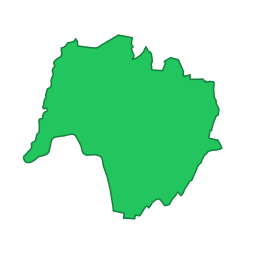 Hoa Thanh, Tây Ninh, Vietnam, rotated 12°
{"feature_id": "81297802B16996300923424", "entity_name": "Hoa Thanh", "entity_type": "district", "adm_level": 2, "iso_a3": "VNM", "parent_name": "Vietnam", "parent_adm1": "Tây Ninh", "projection": "natural_earth1", "projection_center": [106.139, 11.258], "detail": "fine", "context": "isolated", "style": "filled", "palette": "green", "viewbox_px": 256, "rotation_deg": 12, "n_neighbors": 0, "source": "geoboundaries", "source_scale": "gbopen_adm2", "svg_char_len": 5669}
<svg xmlns="http://www.w3.org/2000/svg" viewBox="0 0 256 256"><g transform="rotate(12 128 128)"><path d="M130.7,212.1L141.9,212.1L142.5,217.1L147.4,216.3L152.8,215.5L153.4,215.4L153.3,211.7L154.7,211.6L156.1,211.6L157.3,211.5L157.6,211.4L157.9,211.0L158.3,210.3L160.5,204.1L161.7,201.3L162.2,200.7L162.7,200.5L163.3,200.6L163.8,200.9L164.5,201.6L164.8,201.8L165.2,201.4L165.7,200.3L166.5,198.4L166.8,197.8L166.9,197.0L167.5,195.6L169.1,193.5L171.1,191.6L172.0,191.2L172.5,191.1L173.6,191.2L175.0,191.9L177.6,194.0L179.0,195.5L179.7,196.3L179.8,196.3L180.4,196.0L181.7,195.6L182.6,195.5L183.1,195.1L184.6,193.8L184.7,192.6L185.2,191.4L185.6,190.2L186.0,188.7L186.1,188.2L187.4,186.2L188.1,185.0L188.6,183.9L189.6,181.5L190.4,180.4L194.0,183.2L194.7,181.8L195.2,180.8L195.6,179.8L195.8,178.8L196.0,176.5L196.1,175.9L196.6,175.1L196.8,174.2L197.1,173.5L197.6,172.3L198.7,169.4L199.0,168.6L199.2,167.5L199.4,167.2L199.6,167.0L200.2,166.7L200.9,166.1L201.1,165.9L201.3,165.6L201.6,164.2L201.7,163.8L202.1,161.4L202.7,158.9L203.0,157.4L203.2,156.5L203.6,154.3L203.8,153.1L204.3,150.6L204.5,150.0L204.8,149.4L205.4,148.4L206.3,147.2L206.5,146.9L206.8,146.3L206.9,145.8L206.8,144.6L207.0,143.7L207.1,143.4L207.3,142.6L208.2,139.6L208.6,138.7L209.7,137.2L211.2,134.6L211.6,134.1L212.3,133.6L213.9,132.9L215.0,132.3L215.6,132.0L217.5,131.6L219.0,131.1L220.6,130.4L221.6,129.9L222.4,129.4L223.4,128.7L224.0,128.2L221.9,125.1L219.6,122.6L218.4,121.1L215.7,121.2L209.9,121.2L209.1,120.7L208.9,114.4L209.0,113.2L210.2,113.1L210.2,111.2L210.4,106.0L210.5,105.5L210.7,104.1L211.8,97.8L212.9,97.2L213.2,96.9L213.3,96.6L213.4,96.1L213.2,91.3L212.2,89.4L209.6,86.3L209.0,85.5L208.9,84.6L208.6,83.1L207.7,82.0L206.6,80.9L205.9,79.8L205.8,79.2L205.4,78.3L204.9,76.1L204.3,74.6L203.7,72.3L203.3,69.3L203.1,68.0L202.9,66.2L202.8,65.7L202.5,65.4L201.5,65.1L200.1,65.3L198.2,65.4L197.8,65.5L197.0,66.4L196.5,67.0L194.5,66.0L193.8,67.0L191.7,65.0L191.3,64.7L190.7,64.5L188.4,65.3L184.2,66.2L180.1,67.2L178.5,67.3L178.0,64.4L177.8,63.4L177.6,63.1L177.2,63.2L175.8,64.0L174.9,64.6L174.4,64.8L173.5,65.1L173.4,65.2L173.1,65.6L173.0,65.8L172.8,65.9L172.7,65.9L172.5,65.5L172.4,65.3L172.2,65.3L171.1,65.5L170.5,61.2L166.1,55.0L163.0,50.8L155.1,50.3L154.1,51.2L150.5,54.5L149.7,55.4L150.4,56.1L151.2,57.2L151.1,57.8L150.4,61.2L149.8,64.6L149.2,64.8L145.5,65.4L139.6,66.2L139.1,65.9L138.3,63.0L137.3,60.6L137.3,60.1L137.4,59.6L137.9,58.8L138.0,58.3L137.2,55.3L136.0,52.1L134.9,50.0L133.9,49.0L133.1,48.9L132.4,48.8L131.7,48.5L129.9,46.2L128.7,45.0L128.1,46.7L127.3,50.3L125.6,53.4L124.0,55.4L122.2,57.3L120.4,58.6L119.2,59.4L118.7,59.6L118.1,59.7L117.8,59.6L117.8,59.3L118.2,58.9L118.3,58.7L118.5,58.4L118.7,57.2L118.8,55.9L116.4,52.3L115.4,50.9L114.8,49.7L115.0,49.2L115.9,48.2L115.9,47.3L115.6,46.8L114.2,45.9L113.9,45.1L113.6,43.6L113.5,39.3L113.5,38.9L107.3,38.9L105.1,38.9L101.9,39.1L100.1,39.2L99.1,39.1L97.9,40.4L93.9,44.1L90.4,47.2L84.1,53.1L82.1,55.3L81.4,55.7L80.4,56.2L79.4,56.5L75.6,57.1L69.8,57.6L67.9,57.8L62.2,58.1L61.4,58.1L61.2,56.2L60.8,54.8L60.3,53.6L58.3,51.7L57.5,53.7L56.9,54.6L54.6,55.9L52.5,56.7L52.0,56.9L51.6,57.2L51.1,57.7L50.8,58.4L50.1,60.0L49.5,61.2L48.8,62.1L47.8,62.8L46.2,63.5L46.4,64.8L46.6,66.0L46.7,66.5L47.7,68.3L48.0,69.3L47.9,69.9L47.5,71.4L47.5,71.7L47.3,72.3L47.1,72.7L45.3,74.0L44.4,74.9L43.4,76.2L42.8,77.1L42.1,78.4L41.9,79.1L41.8,79.7L41.8,79.9L42.0,80.3L42.2,80.7L42.6,81.3L43.2,81.8L43.4,82.2L43.4,82.5L43.3,83.3L42.9,84.3L42.4,85.2L42.2,86.3L42.1,86.9L42.1,87.9L42.3,88.2L42.7,88.8L43.4,90.2L43.6,90.8L43.7,91.4L43.7,92.0L43.7,92.5L43.6,92.9L43.4,93.6L43.1,94.8L42.9,96.4L42.9,97.1L42.9,97.5L43.0,98.1L43.8,100.4L43.9,100.9L44.0,102.2L43.8,103.3L43.7,103.8L43.4,104.3L43.1,104.7L42.9,105.0L42.6,105.3L41.8,105.8L41.3,106.4L40.8,107.4L40.8,107.7L40.8,108.2L40.8,109.1L40.9,109.7L40.8,110.3L40.7,111.0L40.6,112.5L40.8,113.4L41.3,114.3L41.4,114.7L41.3,115.4L41.1,115.8L40.9,116.3L40.5,117.6L40.4,118.2L40.4,118.8L40.4,119.3L40.4,119.9L40.5,120.6L40.5,121.3L40.7,121.9L40.7,122.5L40.6,123.2L40.3,124.2L40.3,124.6L40.5,125.6L40.8,126.3L41.2,126.5L41.5,126.6L41.8,126.6L42.6,126.3L43.7,125.5L43.9,125.4L44.1,125.4L44.3,125.6L44.6,125.9L44.8,126.3L45.1,127.1L45.2,127.7L45.2,128.0L45.0,128.3L44.8,128.6L44.0,129.1L43.3,129.8L42.8,130.5L42.5,131.2L42.3,132.1L42.1,132.8L42.1,133.4L42.1,134.1L42.2,134.7L42.3,135.2L42.4,135.9L42.4,136.3L42.3,136.5L42.1,136.6L40.7,137.2L40.0,137.4L39.6,137.7L39.5,138.0L39.4,138.3L39.4,138.9L39.5,139.7L39.6,140.4L39.8,141.0L40.2,142.0L40.5,142.7L40.8,144.1L41.5,147.7L41.7,149.1L41.7,150.0L41.6,151.0L41.4,151.5L40.7,152.4L40.5,152.7L40.3,153.4L40.2,154.2L40.1,156.1L40.1,156.8L40.1,158.9L40.0,159.5L39.9,159.7L39.6,160.2L39.1,160.8L37.2,162.5L36.9,162.9L36.8,163.1L36.8,163.4L36.8,163.8L37.6,166.3L37.7,166.7L37.7,167.4L37.5,168.1L37.2,168.8L36.2,170.7L35.1,172.0L34.9,172.5L34.7,173.0L33.6,175.0L32.4,176.7L31.8,177.7L32.0,178.4L32.5,179.8L33.6,181.6L34.8,182.4L35.9,182.7L37.0,182.7L38.2,182.4L39.2,182.0L40.3,181.5L41.6,180.4L43.0,179.0L44.4,177.3L46.3,175.0L47.1,174.2L49.1,173.4L50.8,172.6L51.9,172.0L53.7,170.7L55.1,169.0L55.5,168.0L55.6,166.9L55.7,165.5L55.7,157.5L55.7,155.8L56.5,154.2L57.3,153.1L58.2,152.3L59.6,151.7L63.0,150.3L65.9,149.4L67.6,148.7L71.8,146.7L74.2,145.8L75.8,145.5L77.2,145.8L78.4,146.6L79.7,147.9L81.2,149.7L82.9,151.6L85.5,155.0L86.4,156.6L88.3,160.5L89.6,162.1L91.3,162.9L92.8,163.1L93.8,163.0L95.6,162.5L101.4,160.9L104.3,161.0L106.5,161.4L108.0,162.1L109.0,163.4L109.6,164.5L110.1,165.9L111.8,170.2L113.3,172.7L115.2,175.8L117.1,178.7L120.8,186.2L122.5,190.0L123.8,192.9L125.5,197.2L126.8,200.8L129.6,207.7L130.6,211.1L130.7,212.1Z" fill="#22c55e" stroke="#15803d" stroke-width="1.5"/></g></svg>